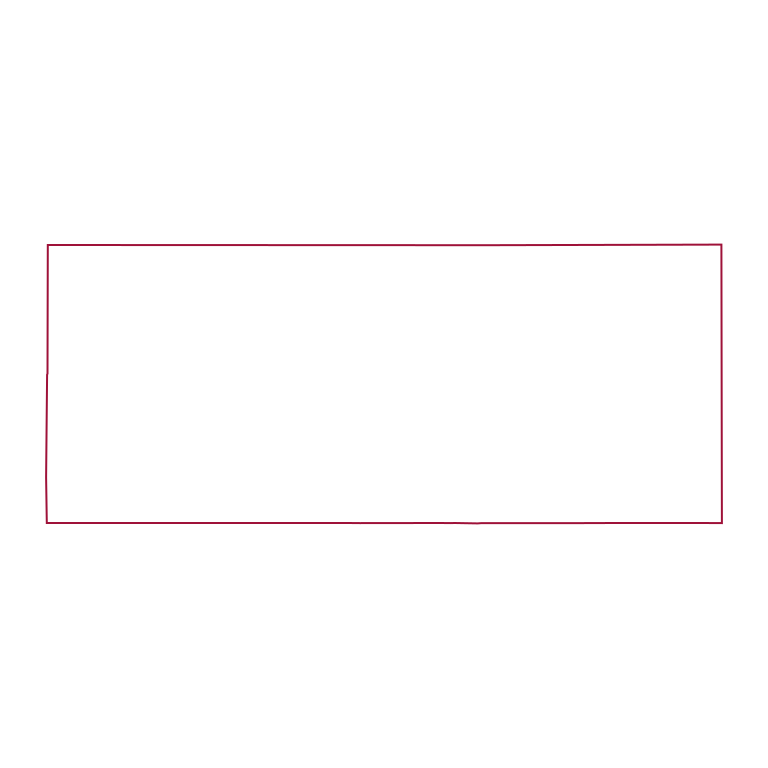 outline of Bowman, North Dakota, United States of America
{"feature_id": "52423323B51732533466336", "entity_name": "Bowman", "entity_type": "district", "adm_level": 2, "iso_a3": "USA", "parent_name": "United States of America", "parent_adm1": "North Dakota", "projection": "equal_earth", "projection_center": [-103.415, 46.113], "detail": "fine", "context": "isolated", "style": "outline", "palette": "rose", "viewbox_px": 768, "rotation_deg": 0, "n_neighbors": 0, "source": "geoboundaries", "source_scale": "gbopen_adm2", "svg_char_len": 458}
<svg xmlns="http://www.w3.org/2000/svg" viewBox="0 0 768 768"><path d="M721.4,244.6L487.1,245.2L47.8,245.0L47.5,373.7L47.1,374.6L46.1,477.4L46.8,523.0L289.2,523.0L294.2,523.0L348.0,523.0L359.8,523.1L439.5,523.0L441.1,523.0L450.3,523.1L454.6,523.0L477.7,523.4L481.7,523.1L536.4,523.1L578.7,523.1L583.7,523.1L615.4,523.0L628.5,523.0L656.2,523.0L668.7,523.0L688.4,523.0L702.4,523.0L721.9,523.1L721.4,244.6Z" fill="none" stroke="#9f1239" stroke-width="2"/></svg>